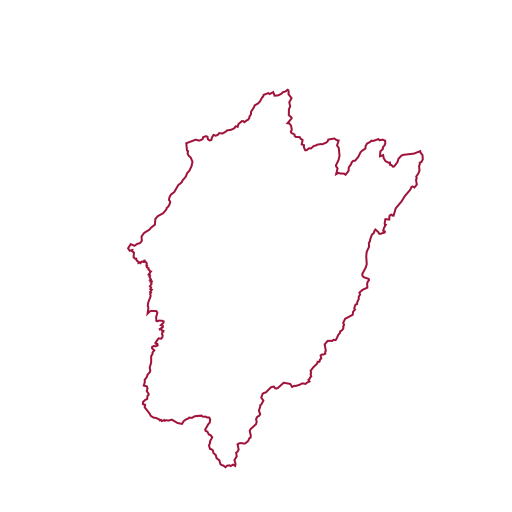 outline of Paucartambo, Cusco, Peru, rotated 223°
{"feature_id": "86281439B72784044291382", "entity_name": "Paucartambo", "entity_type": "district", "adm_level": 2, "iso_a3": "PER", "parent_name": "Peru", "parent_adm1": "Cusco", "projection": "equal_earth", "projection_center": [-71.544, -13.17], "detail": "fine", "context": "isolated", "style": "outline", "palette": "rose", "viewbox_px": 512, "rotation_deg": 223, "n_neighbors": 0, "source": "geoboundaries", "source_scale": "gbopen_adm2", "svg_char_len": 6096}
<svg xmlns="http://www.w3.org/2000/svg" viewBox="0 0 512 512"><g transform="rotate(223 256 256)"><path d="M188.4,409.6L189.4,412.7L188.8,413.7L186.9,414.1L187.1,417.9L191.0,420.9L191.5,422.5L193.0,423.4L193.5,426.9L194.7,430.0L198.1,433.0L198.7,434.8L199.9,435.9L199.1,437.6L200.0,440.5L203.0,443.3L206.5,443.9L207.4,444.7L210.3,438.6L217.3,430.4L218.1,428.6L218.1,424.3L216.5,421.0L216.1,415.7L216.7,414.7L219.1,414.9L220.3,414.1L221.7,415.7L222.7,414.6L226.0,413.7L229.5,414.7L231.8,416.5L233.3,413.5L236.4,417.3L236.2,420.8L237.4,422.1L237.4,424.5L238.2,426.5L240.2,428.4L242.7,427.5L244.6,424.9L246.2,425.0L248.6,420.3L250.3,418.9L250.3,417.2L251.5,413.9L250.8,411.2L249.3,409.1L250.2,405.5L250.3,403.1L248.8,398.3L248.5,393.3L249.8,391.9L249.9,389.6L249.1,388.2L248.6,384.2L246.4,381.4L245.9,376.5L247.8,376.3L250.5,373.9L252.3,373.1L253.2,370.5L256.1,375.7L258.9,376.3L259.4,377.0L261.1,382.5L263.2,386.2L269.2,391.5L272.1,392.1L274.3,396.8L276.1,395.7L278.8,395.4L282.5,390.5L281.8,388.6L281.9,387.1L283.7,382.9L285.0,382.0L287.4,378.8L287.4,378.0L288.8,375.7L289.2,372.0L290.6,371.1L291.2,367.8L292.1,366.9L295.3,368.3L296.5,369.8L298.7,368.8L301.0,372.6L303.4,372.2L305.0,372.8L308.3,370.1L309.6,370.2L310.7,371.1L314.0,370.2L315.3,370.6L315.9,372.7L319.2,375.2L322.0,375.7L323.5,374.6L323.8,380.9L324.5,381.5L328.1,381.4L332.0,385.8L333.0,388.7L336.5,391.1L337.7,395.7L342.6,396.5L343.8,398.1L345.4,399.3L346.3,399.1L346.6,396.6L348.0,394.2L348.1,392.0L349.2,388.8L351.7,385.9L355.2,387.6L356.5,383.7L358.1,383.5L360.3,379.1L359.5,377.4L359.7,376.4L358.5,371.8L358.5,369.1L359.7,365.2L359.0,363.8L358.0,358.2L356.3,356.1L355.8,353.3L354.9,352.2L354.8,349.8L355.3,348.9L355.8,345.9L357.4,345.9L358.3,345.0L358.8,340.4L357.5,338.0L359.3,337.0L359.0,334.6L360.2,331.5L362.9,328.0L362.9,326.5L364.0,322.8L366.7,320.7L366.6,318.5L367.5,316.5L369.6,315.6L369.0,312.6L367.8,310.4L368.7,308.9L370.8,308.6L372.8,310.1L374.2,309.6L375.7,307.0L374.8,305.2L375.2,303.6L376.3,301.6L379.4,300.0L383.9,290.9L378.4,286.1L377.2,286.3L375.8,284.2L373.5,283.4L371.0,283.5L366.7,281.6L364.4,277.7L362.8,272.5L362.9,269.7L361.5,266.4L361.2,260.8L360.6,259.3L361.2,254.8L359.4,247.0L360.1,242.9L359.5,240.3L358.0,237.7L355.9,237.2L355.0,236.2L353.9,232.9L354.0,230.2L353.3,228.8L353.1,223.9L355.0,218.2L354.9,214.5L351.3,209.9L352.1,205.3L351.9,202.6L353.5,196.8L353.4,194.9L353.0,192.2L349.9,189.3L349.6,187.1L349.8,185.9L351.1,184.0L351.8,180.6L355.7,179.2L354.8,174.4L351.9,173.7L350.5,176.1L349.7,175.0L347.5,175.2L344.7,171.6L342.9,171.5L341.8,172.4L340.3,171.3L337.9,171.6L337.2,170.8L336.5,172.3L335.7,172.0L335.6,174.3L334.3,174.9L334.6,176.5L334.2,176.7L333.5,175.6L331.9,176.5L330.7,176.0L329.9,174.6L329.1,174.7L329.0,173.8L327.9,173.3L326.3,173.8L325.4,172.7L324.2,173.0L322.7,172.3L322.3,172.7L321.9,169.4L321.2,169.9L320.9,169.2L319.9,169.2L319.9,168.2L317.2,167.3L317.1,166.2L316.4,166.6L315.8,165.4L314.8,166.3L314.2,164.7L313.4,164.4L312.9,161.4L311.3,161.5L310.7,159.7L309.2,160.3L308.9,157.5L307.8,157.6L307.6,156.1L305.8,155.0L303.2,148.7L301.3,145.8L299.4,144.8L296.0,139.9L295.9,142.9L295.2,144.4L291.2,147.8L289.4,147.2L287.5,143.4L284.7,140.6L283.8,140.8L282.9,142.6L280.4,144.7L278.9,145.2L278.1,143.8L278.4,140.6L276.5,141.3L275.6,140.4L276.6,136.9L276.1,136.7L275.4,138.0L274.0,137.4L272.6,138.1L272.1,137.3L272.5,136.5L271.4,134.6L270.2,134.4L269.2,133.0L268.9,130.9L271.1,129.3L270.3,123.8L269.6,123.4L268.2,124.5L267.0,123.6L267.6,121.7L269.4,120.4L270.0,118.6L269.0,117.6L266.0,117.6L265.9,114.9L264.9,113.9L264.4,111.3L260.1,106.7L257.5,101.7L255.2,100.2L254.4,98.5L254.4,95.4L253.3,92.9L252.9,89.4L251.4,88.1L249.7,84.7L246.9,86.2L244.9,85.0L243.9,82.8L240.2,81.8L239.8,81.1L239.9,79.6L238.1,77.2L238.9,75.1L239.1,72.3L237.6,70.5L235.7,71.6L234.2,69.4L226.3,68.2L223.9,67.3L220.5,68.0L218.8,69.3L215.6,70.4L214.1,70.2L213.8,71.3L212.2,71.1L211.3,73.4L210.3,73.3L209.8,74.6L207.8,75.9L205.9,78.9L199.3,80.4L195.6,82.8L196.3,86.0L195.7,88.8L194.6,91.2L194.7,92.2L192.4,94.0L191.7,96.6L190.3,98.6L189.4,99.0L189.0,100.2L187.6,100.9L187.3,102.0L185.3,102.2L183.3,104.2L181.8,104.5L180.1,105.9L178.1,105.3L176.2,102.6L176.2,100.5L174.8,94.4L173.7,93.7L171.8,94.4L168.7,93.3L167.1,94.0L164.4,93.6L163.1,88.8L162.1,87.9L161.1,85.3L158.0,83.5L156.8,84.3L154.9,84.4L152.8,82.9L149.5,82.9L146.9,81.2L143.5,81.6L140.3,79.6L138.5,79.6L137.0,80.5L134.3,80.7L134.1,83.1L132.5,84.9L131.3,85.0L130.5,87.8L128.1,88.3L129.1,89.9L132.6,92.1L133.5,96.4L136.3,98.5L136.1,100.3L136.7,102.6L141.1,105.7L140.6,107.4L139.0,109.3L136.7,110.7L136.0,111.9L135.6,115.4L136.6,118.3L136.1,119.3L137.0,120.8L141.5,124.0L141.9,126.0L141.3,133.1L142.6,135.4L144.7,136.7L145.4,139.3L144.7,141.3L145.0,143.1L148.5,145.0L150.2,148.8L151.1,149.7L150.9,151.4L152.0,155.3L155.6,156.0L157.2,159.8L156.8,161.4L155.8,162.7L155.5,170.3L153.9,172.7L151.9,172.3L150.8,172.8L150.0,174.5L149.3,182.2L143.7,185.8L140.3,184.9L139.3,187.4L138.4,187.9L136.3,191.6L135.2,194.5L132.6,196.2L132.2,198.7L131.3,200.7L133.2,201.2L133.0,202.8L133.6,204.1L133.5,205.6L135.6,206.9L136.0,208.1L137.8,209.3L138.2,213.8L137.9,218.8L138.8,220.7L137.6,221.7L137.6,222.4L138.5,223.7L138.4,225.6L140.9,227.3L140.7,228.8L139.5,229.9L138.7,231.8L140.0,233.0L140.3,234.3L145.5,238.2L145.7,242.8L142.3,246.0L142.1,247.7L140.6,248.5L140.4,249.3L142.1,254.8L142.1,256.9L143.0,258.2L142.4,260.8L143.0,263.1L144.2,263.9L144.5,265.6L146.6,266.6L148.0,270.8L145.2,279.0L147.0,281.5L147.1,284.3L148.5,284.8L150.1,288.3L149.3,289.8L150.5,291.3L151.5,294.6L153.0,296.1L153.6,298.7L155.4,299.8L155.0,304.0L153.0,308.8L155.9,311.6L156.7,313.2L156.9,315.5L158.0,316.1L162.7,314.0L164.6,314.1L166.0,315.3L167.9,322.4L169.4,325.5L175.2,331.0L177.9,334.6L179.6,339.8L182.4,342.6L182.7,344.6L183.6,345.6L185.8,350.6L185.5,353.3L186.4,354.8L186.7,356.8L182.9,356.9L181.2,356.3L180.3,356.8L177.9,361.0L178.5,361.8L180.2,361.2L181.6,363.9L182.4,367.3L183.1,366.8L184.4,367.9L186.5,371.2L183.4,373.6L185.6,376.1L185.7,377.8L185.0,378.8L183.9,378.5L182.9,379.3L186.3,386.1L186.8,395.2L188.0,401.2L188.4,409.6Z" fill="none" stroke="#9f1239" stroke-width="2"/></g></svg>